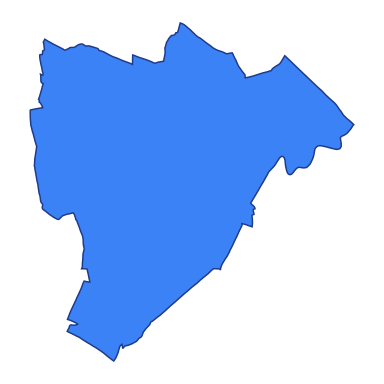 Tam Binh, Vĩnh Long, Vietnam (Natural Earth projection)
{"feature_id": "81297802B334334492772", "entity_name": "Tam Binh", "entity_type": "district", "adm_level": 2, "iso_a3": "VNM", "parent_name": "Vietnam", "parent_adm1": "Vĩnh Long", "projection": "natural_earth1", "projection_center": [105.942, 10.065], "detail": "fine", "context": "isolated", "style": "filled", "palette": "blue", "viewbox_px": 384, "rotation_deg": 0, "n_neighbors": 0, "source": "geoboundaries", "source_scale": "gbopen_adm2", "svg_char_len": 5747}
<svg xmlns="http://www.w3.org/2000/svg" viewBox="0 0 384 384"><path d="M67.2,331.4L69.6,332.6L71.4,333.4L73.1,334.3L75.6,335.5L76.4,336.0L78.2,336.8L80.0,337.8L82.2,339.3L86.2,341.9L90.3,344.3L92.3,345.6L95.0,347.2L96.3,348.0L97.6,348.8L101.4,351.4L103.5,352.9L107.4,356.2L111.9,359.7L113.8,361.0L115.3,358.7L116.4,356.9L116.7,355.9L117.9,353.1L119.6,347.1L119.8,346.4L120.3,345.8L121.9,344.3L122.5,346.9L122.6,347.8L122.8,348.2L123.0,348.2L124.7,346.2L125.0,346.0L128.7,345.1L130.2,344.5L132.2,343.7L134.4,342.4L135.9,341.7L137.1,340.7L137.8,339.9L138.5,338.8L139.7,337.9L140.8,337.3L141.5,336.5L142.0,335.8L142.9,333.2L143.4,332.0L146.3,328.2L147.6,326.9L149.8,324.5L150.1,323.8L150.6,322.5L151.0,321.8L151.4,321.6L151.8,321.5L152.8,320.9L157.1,317.4L160.0,315.3L165.7,310.3L170.3,306.0L175.7,301.4L184.2,293.8L189.7,289.2L191.4,287.6L197.2,283.0L200.5,279.9L201.4,279.2L203.0,277.8L204.8,276.4L208.2,273.6L211.7,270.2L213.3,268.9L213.9,268.7L218.3,268.8L219.0,268.9L220.3,269.6L220.5,269.5L220.7,268.1L221.1,266.6L222.0,264.4L223.5,261.8L224.2,260.7L225.0,259.3L227.4,255.8L228.2,254.1L229.4,252.0L230.0,250.4L232.2,246.1L236.0,238.0L236.8,236.6L238.6,232.4L241.1,227.2L241.9,225.6L242.0,225.1L242.1,224.4L241.9,223.6L246.3,224.7L247.6,225.3L252.1,226.8L252.5,223.0L252.3,218.1L252.0,216.3L252.0,215.4L252.2,215.1L252.5,214.9L253.6,214.6L254.0,214.4L254.0,214.0L253.2,210.7L253.2,210.0L253.6,209.3L254.0,209.1L254.5,208.9L255.0,208.8L254.8,207.8L254.4,206.9L253.3,205.7L251.1,203.9L250.7,203.3L252.0,200.9L255.7,194.8L259.1,189.0L260.5,186.4L263.1,182.2L265.4,178.1L267.1,175.1L268.3,172.7L269.2,171.3L270.1,170.4L274.2,166.1L275.7,164.0L276.5,162.6L279.4,158.2L279.8,157.6L281.2,156.6L281.7,156.4L282.6,156.4L283.0,156.6L283.7,157.1L284.2,157.8L285.0,160.0L285.6,166.1L286.6,170.5L287.5,172.9L288.2,173.8L288.8,174.3L289.5,174.6L290.4,174.6L291.4,174.3L292.3,173.5L293.3,172.4L294.6,170.6L296.4,168.6L297.8,167.6L298.6,167.4L299.4,167.3L302.1,167.7L303.7,167.9L304.8,167.8L306.5,167.5L307.8,166.5L309.9,164.3L310.9,162.6L312.5,159.1L313.2,157.2L313.8,155.1L314.8,149.6L315.2,148.5L315.6,148.0L316.4,147.0L317.2,146.4L318.2,145.9L319.3,145.7L321.5,145.8L326.1,146.8L331.2,148.2L334.6,149.0L336.7,149.4L338.1,149.2L339.8,148.7L340.4,147.9L341.1,146.7L341.2,145.6L341.2,143.5L340.4,138.4L340.4,138.0L340.7,137.2L341.0,136.9L341.9,136.1L343.5,135.5L345.5,134.4L346.8,133.5L347.8,132.4L350.6,129.2L351.8,127.4L352.7,125.8L353.8,124.6L353.3,124.2L351.7,122.6L349.0,120.2L347.2,118.9L343.7,115.4L342.5,113.8L340.8,111.1L339.6,109.7L336.3,104.9L334.3,102.7L330.1,99.0L325.4,94.6L322.0,91.0L316.8,86.3L297.7,68.1L291.7,62.3L284.8,55.7L283.2,58.4L281.3,61.6L279.7,63.8L277.1,65.5L275.1,66.7L274.3,67.3L272.7,68.5L271.9,69.5L271.4,70.6L269.7,71.0L267.8,71.7L262.2,73.1L252.9,76.1L251.2,76.5L248.5,77.2L245.2,77.8L245.0,74.8L241.8,70.8L238.3,65.8L235.5,59.4L235.0,58.6L232.3,52.9L230.6,53.0L229.0,53.4L227.6,53.6L226.2,53.7L225.4,53.3L224.5,52.8L221.7,51.6L219.3,50.9L217.7,50.3L215.9,49.5L214.3,48.6L212.5,47.5L210.9,46.1L205.6,42.3L200.6,38.4L198.0,37.0L195.5,34.9L192.5,32.0L190.3,29.8L189.1,28.9L186.3,26.4L184.3,24.8L182.7,23.9L180.2,23.0L178.2,30.6L177.5,32.5L177.2,32.7L176.0,32.7L175.7,32.9L175.0,34.3L174.1,35.0L173.5,35.3L171.6,35.4L171.4,35.6L170.9,36.2L170.4,36.4L170.0,37.2L169.2,38.0L168.6,38.8L167.9,40.3L167.1,41.4L166.5,42.6L165.5,46.3L164.9,47.9L165.1,51.3L165.1,53.6L163.8,59.9L163.5,61.3L161.8,61.5L157.6,62.3L156.2,62.9L155.3,63.1L154.3,63.1L153.8,62.9L151.6,61.8L146.8,59.9L138.3,57.1L134.1,55.4L132.7,55.0L132.6,58.1L132.5,62.5L132.5,64.4L131.5,63.9L128.7,62.8L121.7,60.2L116.7,58.0L112.9,56.7L109.3,54.9L103.6,51.8L101.9,51.2L98.9,50.3L98.4,49.1L97.5,48.4L90.9,46.4L89.2,45.9L86.1,46.0L85.0,45.7L83.0,44.3L82.3,44.0L81.2,44.0L80.1,44.2L78.6,44.7L77.8,45.1L74.8,47.1L74.1,47.3L73.1,47.4L71.2,47.4L69.5,47.8L68.7,48.7L68.5,48.8L67.5,49.0L65.3,50.1L64.7,50.2L62.9,49.0L61.0,48.0L53.7,44.3L47.9,41.1L44.8,39.2L43.3,42.1L44.0,44.9L44.1,47.1L44.5,49.3L44.4,49.6L44.2,50.0L43.9,50.2L43.2,50.5L42.8,50.9L42.6,51.3L42.6,52.8L42.3,54.3L42.2,54.5L40.1,54.6L39.8,54.9L39.7,55.4L39.8,57.6L40.2,60.5L41.0,64.6L42.0,68.7L42.2,70.5L43.1,74.0L43.1,74.8L43.0,75.0L42.7,75.1L42.3,75.1L40.5,74.2L40.8,76.4L40.9,80.8L41.0,81.5L41.2,82.1L41.8,82.9L42.6,83.4L43.2,83.6L42.2,86.9L42.0,88.1L39.4,97.0L38.5,99.3L39.1,99.8L39.3,100.2L39.1,101.7L39.2,102.1L39.9,102.5L41.1,104.1L42.7,107.3L42.7,107.7L37.7,108.5L31.0,109.8L30.4,110.0L30.2,110.6L30.2,111.6L30.3,118.1L30.8,124.9L31.2,126.4L32.5,131.8L33.2,133.8L35.2,141.6L36.7,146.5L35.2,156.6L34.8,158.6L34.5,164.6L34.3,165.8L34.8,167.4L34.9,168.7L35.3,171.0L35.6,172.6L36.0,174.9L36.9,180.3L38.0,185.1L38.2,187.2L39.1,193.2L40.0,196.2L40.3,198.3L40.6,200.8L41.0,202.1L41.3,202.7L42.2,203.7L42.5,204.2L42.6,204.6L42.7,204.8L42.6,205.7L42.2,207.2L42.2,207.5L42.4,208.3L42.6,208.9L43.0,209.4L45.4,211.1L49.4,214.4L54.0,217.5L57.2,219.2L58.1,219.4L58.7,219.3L59.6,218.8L61.0,217.3L61.9,216.3L62.3,216.0L64.1,215.2L67.5,214.1L69.5,213.8L73.1,212.8L74.5,214.8L74.9,216.4L75.5,217.6L75.7,219.3L75.8,219.6L76.0,219.8L76.5,220.0L77.6,223.0L79.0,226.5L80.6,231.3L82.1,234.7L82.6,236.3L82.9,237.6L83.1,239.0L83.2,240.4L83.2,241.4L83.4,245.0L83.5,245.6L83.7,246.3L84.1,248.0L84.1,249.7L83.8,250.8L83.5,251.9L83.1,253.5L83.0,254.3L82.8,260.0L82.5,261.8L82.3,266.9L81.6,268.8L83.0,268.7L86.9,269.0L87.1,269.3L87.3,269.8L87.6,271.7L88.0,273.0L89.0,278.1L89.7,281.3L89.8,282.1L88.0,281.9L84.1,281.1L83.0,283.4L81.8,286.8L81.1,288.6L78.8,293.7L76.8,297.9L76.3,299.2L71.3,309.8L69.6,313.8L67.5,319.4L70.8,320.5L75.8,322.8L77.7,324.1L77.6,324.3L76.7,324.6L75.4,325.1L73.6,325.2L71.0,324.9L70.5,325.0L69.7,325.7L69.4,326.3L69.3,327.0L68.8,328.4L68.1,329.4L67.2,331.4Z" fill="#3b82f6" stroke="#1e3a8a" stroke-width="1.5"/></svg>